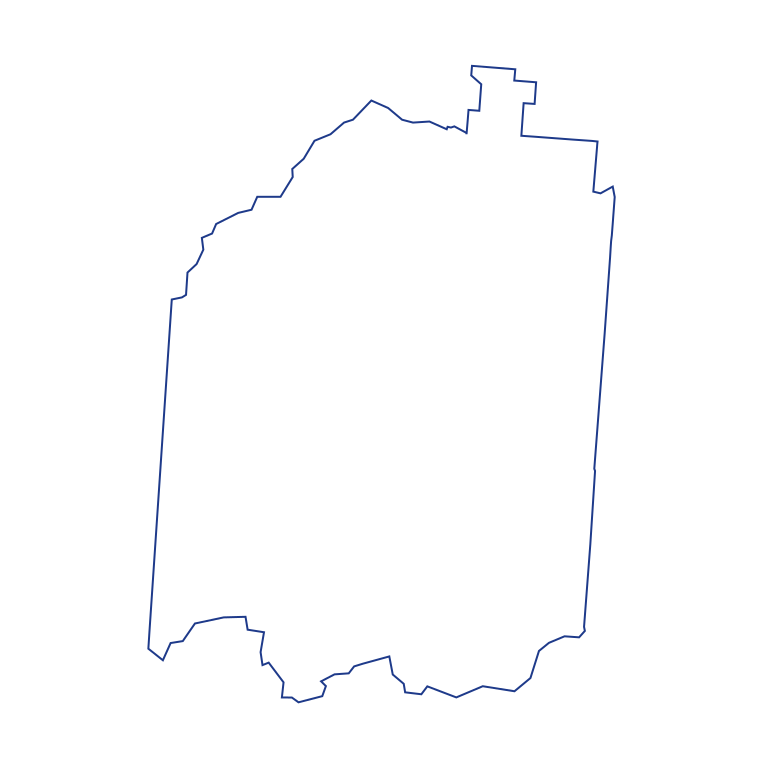 Clackamas, Oregon, United States of America, rotated 94°
{"feature_id": "52423323B19187605552860", "entity_name": "Clackamas", "entity_type": "district", "adm_level": 2, "iso_a3": "USA", "parent_name": "United States of America", "parent_adm1": "Oregon", "projection": "orthographic", "projection_center": [-122.297, 45.174], "detail": "fine", "context": "isolated", "style": "outline", "palette": "blue", "viewbox_px": 768, "rotation_deg": 94, "n_neighbors": 0, "source": "geoboundaries", "source_scale": "gbopen_adm2", "svg_char_len": 1429}
<svg xmlns="http://www.w3.org/2000/svg" viewBox="0 0 768 768"><g transform="rotate(94 384 384)"><path d="M664.5,600.6L675.0,585.3L657.3,578.8L654.5,566.8L636.1,555.9L628.0,527.6L625.9,505.9L638.6,502.9L640.0,486.4L660.1,488.4L672.9,485.6L670.0,479.6L688.6,463.4L703.8,464.0L703.2,454.0L707.5,447.1L699.7,423.8L689.4,420.9L685.0,426.0L677.1,413.1L675.1,399.0L667.8,394.1L664.5,385.6L655.4,359.7L673.2,355.0L681.7,343.4L690.1,341.4L690.9,325.1L682.6,319.7L691.6,290.0L678.6,264.4L681.4,232.4L667.1,217.4L639.5,210.8L630.7,201.4L623.1,186.3L623.1,171.7L616.3,166.4L612.3,167.5L529.8,167.0L456.0,167.4L453.9,168.3L318.1,167.4L241.8,167.3L231.1,167.4L225.4,167.4L220.0,167.1L205.2,167.0L202.6,167.0L181.4,166.9L171.1,169.6L178.7,181.3L177.5,188.6L147.7,188.2L132.7,188.0L130.0,188.0L127.2,187.9L127.0,193.4L127.0,211.0L127.0,212.4L126.8,251.9L126.8,264.3L94.1,264.3L94.1,253.3L72.4,253.3L72.2,275.2L60.9,275.0L60.5,318.4L70.1,318.5L78.2,307.9L104.8,308.0L104.7,318.8L115.6,318.9L129.0,319.1L127.7,319.4L122.1,331.8L123.5,335.1L123.0,338.5L125.5,339.2L119.0,357.0L121.2,373.3L119.1,384.4L108.4,399.1L102.1,416.4L122.5,433.4L126.0,442.1L138.6,454.8L146.2,470.3L164.9,479.8L175.9,490.5L183.9,489.5L204.5,500.3L206.1,523.5L219.4,528.3L223.5,541.4L236.1,562.6L245.9,566.0L250.9,575.9L262.6,573.6L277.4,579.3L286.5,587.8L308.9,587.7L311.7,591.6L314.5,601.6L647.9,600.7L664.5,600.6Z" fill="none" stroke="#1e3a8a" stroke-width="2"/></g></svg>